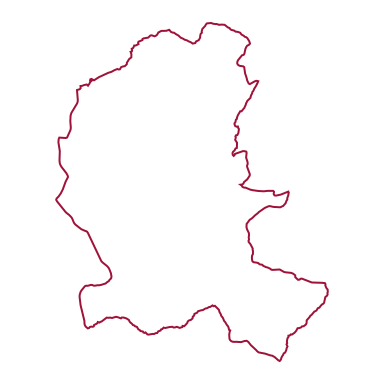 outline of Bumula, Western, Kenya
{"feature_id": "3690345B11418167735466", "entity_name": "Bumula", "entity_type": "district", "adm_level": 2, "iso_a3": "KEN", "parent_name": "Kenya", "parent_adm1": "Western", "projection": "albers", "projection_center": [34.469, 0.568], "detail": "fine", "context": "isolated", "style": "outline", "palette": "rose", "viewbox_px": 384, "rotation_deg": 0, "n_neighbors": 0, "source": "geoboundaries", "source_scale": "gbopen_adm2", "svg_char_len": 5905}
<svg xmlns="http://www.w3.org/2000/svg" viewBox="0 0 384 384"><path d="M240.3,32.8L237.9,31.9L235.5,31.6L234.2,30.6L231.5,29.9L230.4,29.3L229.5,28.0L228.0,27.5L224.6,24.8L221.8,24.6L218.9,24.8L216.7,24.0L215.4,24.1L212.6,23.6L211.3,23.0L206.9,23.4L205.9,24.5L205.2,25.9L202.4,28.9L201.7,31.3L201.9,32.7L200.7,33.8L200.2,35.8L200.1,37.7L198.7,40.2L196.0,41.5L195.3,43.0L192.8,43.6L190.4,42.0L188.6,41.4L187.3,40.5L184.4,39.6L183.3,38.8L180.6,37.6L178.4,35.5L175.9,34.1L174.0,32.7L172.7,32.6L171.1,32.0L169.2,29.8L166.3,30.8L161.6,30.9L160.4,31.3L159.5,32.0L158.5,32.3L157.1,34.7L156.0,35.7L154.6,36.3L151.7,35.3L150.4,35.5L148.2,37.6L143.6,38.4L142.5,39.0L142.4,40.1L138.5,41.7L138.1,42.8L138.5,44.1L135.7,45.5L134.2,45.5L133.7,46.9L133.1,48.0L131.7,48.8L132.1,50.3L131.8,51.5L130.6,51.8L131.4,54.2L131.3,57.4L129.2,59.0L126.9,62.7L126.8,64.2L124.9,66.1L122.5,66.6L121.1,67.2L119.9,69.3L118.6,69.5L117.4,69.0L114.6,70.1L111.5,71.8L108.1,72.9L99.0,77.1L94.0,80.3L91.4,78.9L90.3,79.4L90.1,80.5L91.7,80.7L90.5,81.7L89.9,82.6L89.5,83.6L88.0,85.7L86.8,84.5L84.3,85.0L81.9,85.9L80.5,86.0L80.6,88.2L79.6,89.3L77.0,90.0L77.8,100.2L77.6,102.0L77.1,103.4L71.4,112.9L70.6,115.5L70.3,121.2L70.8,127.4L70.7,128.9L70.3,130.4L67.1,137.5L65.8,138.0L59.3,137.6L58.7,139.0L58.4,142.2L59.8,151.1L59.5,160.5L59.8,163.3L60.2,164.5L61.4,166.8L66.3,173.1L67.6,175.4L68.0,177.0L65.6,181.7L62.9,189.2L60.9,193.2L58.6,196.5L56.6,198.5L56.2,199.8L57.0,201.3L65.4,211.8L66.6,213.0L69.1,214.9L71.5,217.4L72.4,219.0L73.9,222.7L75.3,224.5L81.3,229.2L84.9,230.8L86.0,231.1L87.1,231.7L87.9,232.9L101.3,261.1L102.4,262.3L107.3,266.3L109.0,268.4L110.9,273.2L111.5,276.5L111.1,278.4L109.5,279.9L108.8,281.1L106.9,282.3L105.8,283.4L101.4,284.8L99.0,285.3L97.7,285.2L95.0,285.7L93.7,285.7L92.3,285.0L90.9,284.9L87.8,285.8L86.1,285.7L84.9,286.2L81.5,290.4L80.6,291.9L79.7,294.8L79.6,297.1L80.6,305.3L84.4,320.9L84.5,323.8L84.9,325.2L85.7,326.6L87.8,328.4L89.1,328.0L89.7,327.1L91.2,326.6L92.8,326.8L93.8,326.3L94.1,325.0L97.2,323.4L97.8,322.0L99.4,322.6L100.3,321.9L101.6,321.5L106.7,317.6L108.3,317.8L110.2,317.6L112.0,318.0L116.0,316.8L118.4,317.4L120.9,318.4L121.8,317.5L123.5,317.5L126.4,318.4L128.9,320.0L129.4,321.2L130.3,322.5L131.7,323.5L132.9,325.0L134.2,325.4L134.9,326.2L136.9,326.9L138.4,329.4L139.7,330.0L140.4,331.0L142.9,331.5L143.4,332.5L144.5,332.9L145.5,332.4L147.4,334.4L148.7,334.6L152.7,333.9L154.0,334.0L155.6,333.2L157.2,333.0L158.2,331.4L160.6,330.5L161.1,329.4L162.4,329.0L163.6,327.6L165.2,328.0L169.7,327.0L172.4,326.8L173.5,327.5L175.1,327.4L176.9,326.8L179.6,327.9L182.3,327.1L182.6,325.9L184.1,326.2L185.2,325.3L187.3,322.9L187.6,321.8L188.3,320.9L189.3,320.3L190.7,320.0L191.7,319.2L192.6,318.3L192.8,316.6L194.1,315.6L194.4,313.9L197.1,312.7L198.1,311.2L201.6,310.2L202.8,310.1L205.4,308.5L207.1,308.2L209.1,307.0L210.3,306.9L212.5,305.4L213.6,306.2L214.9,305.8L218.9,309.8L219.5,312.0L220.8,314.3L221.2,315.7L222.9,317.9L224.1,320.9L225.2,322.1L226.9,325.0L228.2,326.5L229.2,330.0L230.2,330.4L229.7,331.7L229.2,334.8L229.5,338.8L230.1,340.1L230.9,340.9L232.4,341.7L234.5,341.9L236.0,341.8L241.1,342.1L244.6,341.0L246.7,340.8L248.3,341.9L250.9,345.2L256.2,350.1L257.1,351.2L258.7,352.4L265.4,353.7L270.0,355.3L272.3,355.7L274.7,357.1L278.3,360.3L279.7,361.0L280.9,359.6L281.4,357.7L282.3,356.0L283.1,354.9L283.7,353.4L285.2,352.5L286.2,350.2L286.7,348.1L287.5,346.4L286.5,344.3L287.2,343.1L286.9,342.0L287.1,340.1L287.5,338.3L288.4,337.1L288.4,335.7L289.7,335.5L290.8,334.4L291.9,334.6L294.6,332.7L296.2,330.8L297.6,328.2L299.1,328.1L301.1,327.4L302.0,326.4L303.7,326.2L305.9,324.5L306.6,323.0L306.7,320.3L309.9,316.7L310.3,315.7L311.5,315.0L314.3,311.6L315.7,311.0L316.6,310.3L317.8,308.2L319.3,307.7L321.0,305.5L322.2,304.3L323.3,303.7L324.1,302.7L325.3,297.1L327.1,295.6L327.6,294.5L327.4,293.2L327.8,291.9L327.6,289.4L326.7,288.5L326.0,287.2L325.3,285.3L325.5,284.2L324.9,283.1L322.0,282.8L311.9,282.5L301.8,278.6L300.4,278.8L299.7,279.6L298.0,279.8L295.3,277.2L295.2,275.3L293.1,273.7L291.3,272.9L285.5,272.3L284.1,272.0L279.7,269.5L272.3,269.9L271.2,269.6L270.2,268.7L267.6,267.5L265.9,267.1L263.0,265.7L262.4,264.8L259.5,264.3L258.5,263.2L257.0,262.7L253.5,262.2L252.4,261.2L252.0,259.5L251.9,257.3L252.1,255.5L252.9,254.2L253.0,251.1L252.6,249.7L252.7,248.5L250.4,244.1L248.7,242.0L248.5,240.9L249.0,239.6L248.7,237.0L249.0,235.8L248.9,233.1L247.0,229.2L246.5,227.2L246.6,224.0L249.6,219.9L252.2,218.1L255.2,215.2L257.9,213.1L258.8,212.1L264.8,207.9L268.7,206.2L269.9,206.1L273.4,206.9L280.2,207.3L283.2,205.9L285.6,203.2L286.5,200.7L287.3,199.6L287.3,198.0L288.4,195.0L288.4,193.8L288.8,192.8L288.3,191.6L280.8,194.6L276.1,195.6L274.5,195.4L273.7,194.0L274.0,191.7L273.2,190.9L267.2,190.9L263.8,191.3L258.5,191.0L252.8,190.2L250.2,189.6L245.4,187.6L244.1,187.6L242.6,187.0L241.7,185.6L240.5,184.7L242.0,184.5L243.4,183.7L244.0,182.1L247.3,179.3L249.7,175.6L249.8,174.1L247.1,166.8L247.1,165.4L247.7,164.0L247.5,161.8L246.1,157.6L246.6,153.0L246.3,151.6L244.6,151.2L243.0,151.1L235.0,153.9L234.6,155.0L233.7,155.9L232.8,155.0L232.5,153.3L232.9,152.0L234.7,150.2L235.5,148.5L236.9,147.9L237.0,142.7L235.2,139.9L235.8,137.4L235.4,136.4L236.0,135.3L237.3,135.1L238.4,133.0L238.9,129.0L238.2,127.9L237.9,126.5L236.6,126.7L235.3,126.1L234.6,124.6L234.5,123.3L235.4,122.2L235.9,119.7L236.9,118.8L237.0,117.5L237.9,115.2L239.5,112.5L240.3,111.2L241.5,111.3L244.4,107.8L245.0,106.2L245.7,105.0L246.0,103.6L247.4,100.8L250.4,97.9L251.0,95.5L252.1,93.4L252.4,92.0L253.3,91.0L254.2,88.8L256.2,85.6L257.7,82.6L258.2,81.2L256.3,80.8L254.6,81.4L249.9,84.1L248.7,83.5L247.3,80.7L246.4,77.2L245.1,73.4L244.2,67.1L243.1,66.3L240.0,65.9L238.6,65.3L237.7,64.5L237.2,63.2L237.4,61.6L238.1,60.1L242.0,55.3L243.7,54.8L244.4,53.7L245.3,49.3L246.2,47.1L247.2,45.7L249.0,44.8L250.0,43.6L249.2,41.1L247.3,38.1L246.2,37.2L244.8,36.8L243.7,35.7L242.2,35.0L241.1,34.1L240.3,32.8Z" fill="none" stroke="#9f1239" stroke-width="2"/></svg>